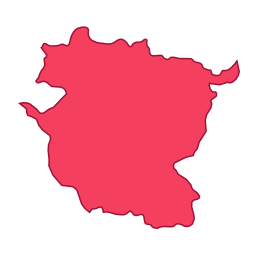 Mbaïki, Lobaye, Central African Republic, rotated 182°
{"feature_id": "33826404B24481683700723", "entity_name": "Mbaïki", "entity_type": "district", "adm_level": 2, "iso_a3": "CAF", "parent_name": "Central African Republic", "parent_adm1": "Lobaye", "projection": "orthographic", "projection_center": [17.906, 4.007], "detail": "fine", "context": "isolated", "style": "filled", "palette": "rose", "viewbox_px": 256, "rotation_deg": 182, "n_neighbors": 0, "source": "geoboundaries", "source_scale": "gbopen_adm2", "svg_char_len": 5084}
<svg xmlns="http://www.w3.org/2000/svg" viewBox="0 0 256 256"><g transform="rotate(182 128 128)"><path d="M237.2,148.8L230.2,143.6L229.6,139.5L228.6,137.2L224.8,136.0L219.8,133.6L217.2,127.6L213.4,123.1L205.7,117.6L205.0,113.9L206.8,108.5L207.0,102.4L205.7,93.9L205.7,87.4L201.3,78.3L192.2,68.4L181.0,67.4L176.9,64.3L171.6,50.3L168.1,46.0L163.4,42.4L162.0,44.4L161.3,45.6L158.6,46.1L156.1,46.8L154.3,47.9L151.9,48.0L150.6,46.4L150.2,45.2L149.7,42.9L148.5,43.1L147.0,43.5L143.2,42.9L140.1,42.2L138.6,41.7L136.2,41.3L132.5,41.1L129.1,41.2L127.0,42.0L124.6,43.9L123.0,45.1L121.7,44.4L120.6,43.3L119.3,41.5L117.0,40.8L115.6,41.1L114.2,41.5L112.1,42.1L110.6,42.0L109.6,41.0L108.9,39.8L108.9,38.9L108.3,36.3L107.9,34.6L107.4,33.4L106.2,32.7L103.9,32.4L101.6,31.9L100.6,30.3L99.2,29.4L97.9,29.1L95.3,28.8L93.0,29.8L91.8,30.4L88.9,30.7L87.4,30.9L84.4,30.8L82.2,30.8L79.3,31.1L77.8,32.4L76.8,33.5L75.7,33.9L73.4,33.9L71.7,33.4L69.9,32.7L68.4,31.9L66.0,31.6L63.8,31.9L62.0,33.0L60.2,34.5L58.8,38.9L58.9,42.1L61.6,51.4L61.6,54.1L61.6,56.2L60.9,57.1L59.8,58.2L57.9,58.8L56.3,59.3L54.7,60.3L54.1,61.5L54.2,62.6L56.0,64.8L56.9,65.9L60.2,68.0L61.9,69.9L63.1,73.2L68.0,78.8L69.1,79.4L72.2,81.2L73.7,82.1L76.1,83.4L79.1,88.1L80.5,89.0L81.3,91.3L81.1,93.0L80.1,94.9L69.1,100.8L61.8,102.8L61.1,105.3L60.1,107.2L58.4,109.2L57.6,111.5L56.4,116.4L49.8,127.5L51.1,138.8L49.7,144.5L46.1,150.6L45.1,155.1L46.0,157.4L46.2,158.6L44.6,160.0L42.9,161.2L40.8,163.1L40.7,165.7L41.6,167.0L44.4,167.0L45.7,167.9L47.3,170.0L48.3,173.4L48.1,175.6L46.7,175.2L42.8,174.9L37.8,174.4L34.3,175.7L30.2,177.1L27.2,176.7L24.8,177.8L23.4,179.1L21.9,180.4L19.6,184.4L18.8,188.2L21.5,198.8L22.0,198.1L22.5,197.3L22.9,196.4L23.6,195.7L24.1,195.0L24.8,194.3L25.4,193.7L25.9,193.0L26.5,192.3L27.2,191.7L27.9,191.1L28.6,190.5L29.3,189.9L29.6,189.8L30.2,189.5L31.1,189.2L32.1,188.9L33.3,188.8L34.5,188.8L35.6,188.5L36.1,187.8L36.5,186.9L36.9,186.0L37.4,185.2L37.9,184.4L38.7,184.0L39.7,183.7L40.9,183.6L42.2,183.6L43.3,183.8L44.3,184.0L45.2,184.4L46.0,184.9L46.4,185.8L46.7,186.7L47.0,187.8L47.5,188.6L48.5,188.8L49.7,188.7L50.7,189.0L51.5,189.4L52.6,189.6L53.7,189.9L54.4,190.4L55.0,191.0L55.6,191.8L55.9,192.7L56.3,193.6L56.9,194.3L57.6,194.9L58.5,195.3L59.5,195.6L60.5,195.9L61.7,196.0L62.7,196.2L63.7,196.5L64.5,197.0L65.1,197.7L65.7,198.3L66.4,199.0L67.3,199.4L68.6,199.4L69.9,199.4L71.1,199.4L72.4,199.4L73.5,199.3L74.9,199.3L76.0,199.2L77.2,199.3L78.4,199.3L79.7,199.3L80.9,199.5L81.9,199.8L83.0,199.9L84.1,200.2L85.3,200.2L86.7,200.2L87.7,200.0L88.4,199.4L89.1,198.8L89.9,198.3L90.7,197.9L91.9,198.0L92.9,198.3L93.8,198.7L94.6,199.2L95.3,199.9L95.7,200.7L96.4,201.3L97.3,201.7L98.6,201.7L99.7,201.6L100.9,201.4L102.0,201.3L103.2,201.2L104.3,201.1L105.5,201.0L106.6,201.1L107.5,201.6L108.2,202.2L108.6,203.1L108.8,204.1L109.1,205.1L109.3,206.2L109.4,207.3L109.8,208.2L110.2,209.1L110.8,209.8L111.5,210.4L111.9,211.2L112.2,212.2L112.3,213.4L112.2,214.5L112.1,215.8L112.4,216.8L113.3,217.2L114.5,217.1L115.2,216.6L115.9,216.0L116.6,215.3L117.3,214.8L118.2,214.4L119.2,214.2L120.4,214.1L121.7,214.1L122.8,214.0L123.7,213.6L124.6,213.2L125.4,212.7L126.0,212.1L126.6,211.3L127.0,210.4L127.5,209.6L128.4,209.3L129.3,209.6L130.0,210.2L130.6,211.0L131.2,211.6L131.7,212.4L132.2,213.2L132.9,213.8L133.6,214.3L134.2,215.0L135.0,215.5L135.9,215.9L136.8,216.3L137.8,216.5L139.0,216.4L139.9,216.1L140.8,215.7L141.6,215.2L142.5,214.8L143.1,214.1L143.9,213.6L144.7,213.1L145.4,212.6L146.3,212.2L147.2,211.9L148.1,211.5L149.3,211.4L149.8,211.4L151.1,211.3L152.4,211.3L153.5,211.4L154.7,211.5L155.8,211.7L157.1,211.7L158.3,211.8L159.3,211.8L160.3,212.1L161.5,212.2L162.5,212.5L163.4,212.9L164.4,213.2L165.3,213.5L166.2,213.9L167.1,214.3L167.9,214.8L168.5,215.5L169.2,216.2L169.6,216.9L170.2,217.7L170.5,218.6L170.8,219.6L171.1,220.6L171.0,221.9L171.0,223.2L171.0,224.5L171.3,225.5L171.9,226.2L172.6,226.7L173.6,227.1L174.7,227.2L176.0,227.2L177.0,227.2L178.0,227.0L179.1,226.7L180.0,226.3L181.0,226.1L181.9,225.7L182.7,225.2L183.4,224.7L184.1,224.1L184.6,223.3L185.3,222.7L185.8,221.9L186.2,221.0L186.7,220.2L187.1,219.4L187.5,218.5L187.8,217.6L188.1,216.5L188.4,215.5L188.7,214.5L188.9,213.5L189.0,212.3L189.3,211.3L189.6,210.3L190.0,209.4L190.6,208.7L191.4,208.2L192.7,208.2L193.7,208.5L194.6,208.9L195.5,209.3L196.7,209.4L197.7,209.2L198.6,208.8L199.3,208.3L200.4,208.0L201.5,207.9L202.6,207.6L203.7,207.5L204.9,207.4L206.0,207.3L207.3,207.3L208.6,207.3L209.6,207.6L210.5,207.9L211.4,208.4L212.2,208.9L213.1,209.3L214.1,209.5L215.1,209.3L215.6,208.5L216.1,207.6L216.3,206.6L216.8,205.8L217.5,205.2L211.8,198.2L212.3,195.8L213.9,194.9L214.2,194.1L213.9,191.4L213.3,189.2L214.0,185.7L216.3,182.7L217.9,179.3L218.6,177.3L219.0,175.5L220.7,173.2L221.4,172.1L221.5,171.3L220.5,170.2L219.2,170.0L217.4,170.6L215.4,171.5L213.2,171.7L210.9,170.9L205.8,166.9L200.2,166.6L196.1,166.5L193.1,164.9L192.1,163.8L190.5,160.2L196.3,153.9L203.1,146.1L207.7,144.0L210.2,142.0L213.1,139.9L215.1,139.7L216.4,139.8L218.0,141.3L220.2,143.8L224.0,146.5L226.4,148.3L229.1,149.4L233.4,149.6L237.2,148.8Z" fill="#f43f5e" stroke="#9f1239" stroke-width="1.5"/></g></svg>